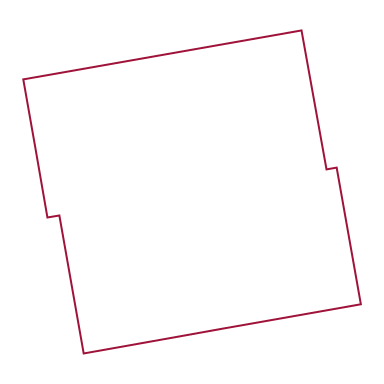 Black Hawk, Iowa, United States of America, rotated 350°
{"feature_id": "52423323B64138679550373", "entity_name": "Black Hawk", "entity_type": "district", "adm_level": 2, "iso_a3": "USA", "parent_name": "United States of America", "parent_adm1": "Iowa", "projection": "orthographic", "projection_center": [-92.335, 42.47], "detail": "fine", "context": "isolated", "style": "outline", "palette": "rose", "viewbox_px": 384, "rotation_deg": 350, "n_neighbors": 0, "source": "geoboundaries", "source_scale": "gbopen_adm2", "svg_char_len": 314}
<svg xmlns="http://www.w3.org/2000/svg" viewBox="0 0 384 384"><g transform="rotate(350 192 192)"><path d="M45.4,122.0L45.2,192.0L57.3,192.1L57.3,332.2L127.3,332.1L198.3,331.9L338.8,331.9L338.8,330.4L338.7,193.1L328.4,193.1L327.9,51.9L45.4,51.8L45.4,122.0Z" fill="none" stroke="#9f1239" stroke-width="2"/></g></svg>